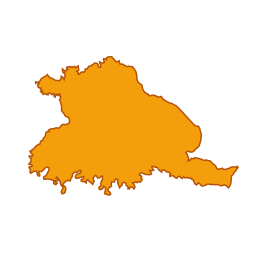 Santa Maria do Oeste, Paraná, Brazil (Robinson projection), rotated 352°
{"feature_id": "56859067B61626353113950", "entity_name": "Santa Maria do Oeste", "entity_type": "district", "adm_level": 2, "iso_a3": "BRA", "parent_name": "Brazil", "parent_adm1": "Paraná", "projection": "robinson", "projection_center": [-51.949, -24.903], "detail": "fine", "context": "isolated", "style": "filled", "palette": "amber", "viewbox_px": 256, "rotation_deg": 352, "n_neighbors": 0, "source": "geoboundaries", "source_scale": "gbopen_adm2", "svg_char_len": 5768}
<svg xmlns="http://www.w3.org/2000/svg" viewBox="0 0 256 256"><g transform="rotate(352 128 128)"><path d="M180.8,115.2L179.4,113.4L178.4,112.4L177.0,111.6L175.0,109.9L173.3,109.3L171.8,108.4L169.3,106.6L166.3,103.8L165.4,101.4L163.8,101.6L162.0,101.7L160.4,100.2L157.6,99.0L156.0,98.8L154.3,99.4L153.2,98.6L152.6,97.2L151.1,96.5L149.9,95.3L148.6,93.4L148.0,91.3L147.8,89.4L147.7,87.2L146.5,86.4L145.3,85.0L144.2,83.9L143.8,81.5L143.7,79.7L143.9,78.2L143.9,75.5L143.6,73.1L142.7,71.0L141.6,69.3L141.0,67.9L139.5,67.7L137.5,66.9L135.6,67.1L133.7,65.8L131.8,64.1L129.0,63.6L128.7,61.8L128.7,60.3L125.4,60.9L124.6,59.4L122.5,56.5L121.9,55.1L120.2,55.1L118.3,54.8L116.6,55.6L116.3,57.3L115.2,56.5L113.6,55.9L113.1,57.4L114.0,59.5L112.3,60.3L110.7,59.6L109.1,58.6L109.1,60.4L110.0,62.3L109.3,64.0L107.3,63.7L107.2,61.7L106.8,60.3L105.6,59.3L103.7,59.1L102.2,60.2L100.7,60.7L99.3,61.6L97.8,61.4L96.4,63.0L95.4,63.9L93.9,63.6L93.3,65.7L91.8,66.7L90.5,66.0L89.1,66.4L87.7,67.7L86.2,68.0L86.6,66.5L85.2,64.6L87.0,64.2L87.5,62.9L87.1,61.5L87.3,59.6L84.4,60.9L83.8,59.6L82.2,60.5L81.1,59.3L80.1,60.0L78.9,59.0L77.7,59.4L76.5,59.0L75.4,59.9L76.6,61.5L75.3,61.9L73.8,63.2L72.7,61.8L71.3,60.4L71.1,62.2L71.5,64.4L72.8,64.6L73.0,66.2L73.0,67.9L71.9,69.4L71.4,71.0L70.5,69.0L69.2,67.5L68.5,69.9L66.9,71.7L65.2,71.2L63.0,70.8L61.4,69.7L60.1,68.5L58.3,67.7L56.7,66.2L55.6,63.9L54.3,64.9L52.6,65.5L50.2,66.5L48.4,67.6L47.9,68.9L45.9,69.9L44.7,70.2L46.2,71.4L44.5,72.8L44.7,75.0L45.8,76.0L47.5,76.4L46.8,77.7L48.4,79.4L46.6,79.8L47.9,81.5L48.7,82.9L50.3,82.3L52.1,83.5L53.5,84.0L53.7,82.4L55.9,82.7L57.1,84.3L58.5,83.8L59.8,83.8L59.0,85.9L60.1,87.3L60.7,86.0L61.7,84.7L62.7,85.9L64.1,84.5L65.4,84.9L64.4,86.4L65.7,87.3L65.3,89.4L64.1,90.3L64.6,91.9L65.0,94.7L65.2,97.2L65.0,99.4L64.6,101.6L66.6,104.9L67.2,106.8L68.4,108.2L69.9,108.9L71.2,110.5L71.0,112.3L71.0,114.4L68.9,115.5L67.1,116.0L63.9,115.4L62.5,116.0L61.4,117.0L60.2,118.3L58.6,118.4L56.9,117.8L55.6,118.0L54.0,118.5L52.0,118.0L50.3,118.6L49.1,119.0L49.5,120.6L47.8,120.2L46.1,121.0L45.3,123.6L44.4,125.2L42.8,126.3L41.9,128.3L39.7,128.9L38.5,131.7L36.5,131.9L33.1,134.0L31.7,135.7L30.0,136.0L29.4,137.5L27.7,137.2L28.0,138.8L28.9,139.8L30.0,141.6L28.9,142.9L27.7,142.1L26.2,142.1L26.7,143.7L27.8,145.0L27.4,146.8L26.8,148.2L25.7,149.0L24.8,150.1L26.3,150.6L27.5,150.7L27.9,152.2L26.2,152.8L24.5,153.0L25.6,156.4L24.7,158.2L25.5,159.3L26.8,158.6L28.1,158.1L29.3,157.7L30.9,157.9L31.8,159.5L31.7,161.6L32.6,163.0L33.8,163.2L34.2,161.8L33.5,160.2L33.7,158.7L36.5,159.1L39.7,156.7L41.3,155.7L42.7,155.6L44.0,156.3L44.1,158.0L43.4,159.3L40.7,163.3L37.7,164.8L37.4,166.8L38.7,167.2L40.8,167.1L44.4,168.2L47.2,169.9L49.5,170.3L51.3,170.4L51.8,168.4L53.1,170.6L53.4,173.1L53.6,175.0L55.2,177.0L55.2,178.6L53.0,181.9L53.4,183.9L54.8,183.9L56.0,183.5L56.9,182.6L58.1,179.4L57.5,177.3L56.4,176.3L55.5,174.5L59.4,172.0L60.8,171.5L63.5,172.3L64.7,169.5L66.0,168.6L66.5,166.5L67.3,165.3L69.3,164.3L71.7,164.9L72.8,164.0L74.3,163.2L75.6,164.0L74.8,165.5L73.1,166.4L71.6,166.6L70.1,167.1L68.9,169.2L69.5,170.6L72.1,170.7L74.5,170.4L75.9,169.7L77.4,170.0L76.8,171.9L74.7,172.6L74.2,174.0L76.0,174.9L77.3,174.9L78.9,176.6L79.9,173.6L81.3,174.0L82.2,175.6L83.4,176.6L85.2,178.9L86.1,177.1L87.1,176.0L86.3,173.8L86.8,172.5L88.1,171.0L89.5,170.4L91.2,173.5L93.6,173.1L94.7,172.0L96.1,172.2L95.5,175.9L94.3,176.7L93.4,179.1L93.2,181.2L92.0,182.3L90.8,183.0L91.1,184.8L92.6,185.2L94.4,184.6L95.9,182.3L97.2,183.8L97.3,185.6L95.7,189.8L100.0,191.9L101.7,190.9L101.1,188.9L99.6,187.8L99.7,185.9L100.9,184.4L103.5,183.5L103.6,180.9L104.2,179.3L105.8,179.2L107.0,179.6L107.6,178.2L108.8,176.7L110.7,177.6L110.2,180.3L110.4,181.8L110.8,183.9L111.4,186.0L112.8,184.5L114.2,183.7L114.9,181.7L116.7,181.3L118.2,182.3L118.2,184.6L120.0,186.3L119.4,188.2L120.9,188.5L121.9,186.9L123.5,186.9L124.6,187.9L125.4,189.2L126.7,187.5L126.4,185.5L125.0,182.9L127.0,183.0L128.1,182.3L129.4,183.4L131.3,182.5L132.8,183.3L135.0,180.9L133.9,179.6L134.8,178.3L134.2,176.9L132.8,176.3L133.0,174.8L135.3,174.1L137.1,175.4L139.2,176.5L143.3,177.3L144.8,176.9L144.5,175.4L143.7,173.1L145.0,173.8L147.7,173.2L146.5,171.5L146.3,169.6L147.7,169.5L149.5,170.7L150.7,170.7L151.8,171.6L152.6,173.6L153.5,174.6L155.2,176.4L156.1,174.3L158.6,174.9L160.1,176.9L162.3,177.5L163.9,179.1L162.7,180.3L162.7,181.8L164.5,181.4L166.0,181.6L167.0,182.6L168.2,184.0L169.5,184.6L170.5,183.3L172.2,182.9L173.3,184.4L174.6,185.5L176.3,184.0L177.2,185.2L178.4,185.4L180.0,185.3L181.3,186.2L183.1,186.2L183.8,187.5L185.1,188.1L185.8,190.3L186.3,192.4L187.9,193.9L189.0,193.1L190.1,192.1L191.5,193.5L192.4,195.0L193.5,195.9L195.6,195.7L197.5,195.2L199.2,194.5L200.9,195.0L202.0,195.6L203.6,195.6L207.0,196.4L208.5,196.3L209.6,196.9L211.2,197.7L212.9,198.3L214.3,197.8L215.9,197.9L217.5,198.9L219.1,201.2L220.4,200.0L221.5,198.4L222.2,196.9L222.8,194.7L223.2,192.1L223.9,189.8L225.6,188.5L226.8,187.0L228.3,185.8L231.5,182.3L230.8,181.1L229.4,181.8L225.7,181.0L224.3,181.3L222.8,181.9L220.6,182.3L218.3,182.6L216.7,182.1L215.8,180.9L213.9,181.3L212.3,181.3L210.7,181.2L210.2,179.6L209.1,177.3L208.3,176.3L206.6,174.8L205.6,173.0L204.7,172.0L202.7,171.4L201.2,170.6L199.8,170.7L198.2,170.4L196.4,169.2L194.8,168.5L193.7,167.8L192.1,167.6L190.0,166.6L188.6,167.6L186.5,166.9L185.6,168.3L184.0,168.7L182.8,168.8L183.9,167.2L183.1,163.2L182.0,160.3L184.0,159.2L186.4,160.6L187.8,160.6L189.1,160.6L190.4,159.8L191.8,158.4L193.5,157.5L194.6,156.7L196.0,155.5L197.8,151.7L198.7,149.2L199.3,146.9L199.7,144.6L199.5,142.9L199.2,141.3L199.0,138.9L198.0,136.1L196.6,135.8L195.3,135.3L194.0,134.2L180.8,115.2ZM51.8,168.4L49.6,167.6L50.8,166.7L51.8,168.4ZM47.2,169.9L46.7,172.7L48.6,174.1L50.2,172.7L47.2,169.9ZM44.7,70.2L42.9,69.5L42.9,70.9L44.7,70.2Z" fill="#f59e0b" stroke="#b45309" stroke-width="1.5"/></g></svg>